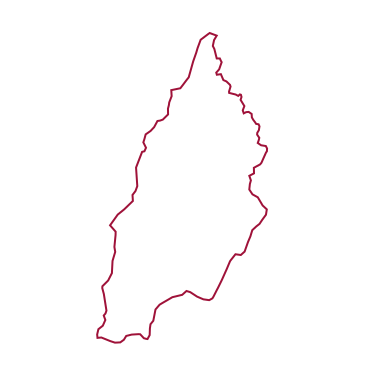 outline of Noun, Ouest, Cameroon, rotated 188°
{"feature_id": "32672807B7266662414716", "entity_name": "Noun", "entity_type": "district", "adm_level": 2, "iso_a3": "CMR", "parent_name": "Cameroon", "parent_adm1": "Ouest", "projection": "equal_earth", "projection_center": [10.892, 5.601], "detail": "fine", "context": "isolated", "style": "outline", "palette": "rose", "viewbox_px": 384, "rotation_deg": 188, "n_neighbors": 0, "source": "geoboundaries", "source_scale": "gbopen_adm2", "svg_char_len": 2100}
<svg xmlns="http://www.w3.org/2000/svg" viewBox="0 0 384 384"><g transform="rotate(188 192 192)"><path d="M247.3,32.1L242.1,33.1L238.9,36.2L237.1,40.3L231.9,42.4L225.1,43.8L223.5,43.9L219.3,40.5L216.9,40.2L215.6,40.2L214.0,44.4L214.7,51.1L214.7,55.3L212.4,59.1L211.8,70.6L208.4,75.9L206.2,77.7L200.2,82.4L196.8,85.1L188.2,88.5L187.4,88.8L183.7,93.2L179.8,92.6L172.4,89.1L165.8,87.3L159.9,87.3L157.0,89.5L156.2,91.3L153.7,98.6L153.0,100.5L150.4,108.4L150.0,109.7L146.8,120.8L144.8,128.4L144.4,129.4L140.3,136.4L134.9,136.4L131.6,140.3L129.6,150.2L128.0,156.2L127.0,162.6L123.5,166.9L120.7,169.8L118.6,174.2L115.6,179.8L115.5,185.2L120.2,188.5L126.1,195.9L131.8,198.1L135.6,202.4L135.8,208.0L135.3,211.7L137.5,216.0L133.2,219.1L134.1,224.6L128.4,228.8L127.3,230.6L124.2,241.4L123.5,242.7L123.7,245.5L125.3,247.8L130.1,247.9L133.7,249.7L133.1,252.7L132.9,255.0L135.5,257.9L135.6,259.7L134.4,262.5L134.3,266.4L135.5,268.3L138.0,268.4L139.1,269.7L141.4,272.0L143.1,274.2L143.8,277.6L147.0,279.2L149.5,278.6L151.7,277.1L153.1,279.9L152.1,284.4L156.7,290.0L156.2,293.0L157.1,295.1L158.2,295.3L159.6,293.6L162.3,294.6L169.0,295.3L169.3,296.6L168.5,301.8L169.3,303.4L173.3,306.3L176.5,307.2L179.8,312.7L183.7,311.6L184.6,313.6L182.2,317.2L180.7,324.7L181.7,326.0L183.0,328.1L186.1,327.7L189.8,336.8L191.7,339.5L191.3,345.5L189.3,350.3L196.7,351.9L204.6,344.0L206.5,335.3L207.2,330.5L209.0,321.5L211.2,305.1L212.8,302.4L214.9,298.6L216.0,296.6L218.0,293.1L226.7,290.0L225.5,284.1L227.0,277.6L227.0,274.7L227.2,272.9L227.4,271.2L226.5,265.5L231.0,259.6L231.8,259.2L233.5,258.3L236.1,257.5L238.5,251.0L241.5,246.7L245.9,242.6L246.5,237.8L247.1,234.4L243.7,229.4L244.8,225.7L247.0,224.8L250.8,208.4L247.0,190.2L248.1,185.1L250.5,180.8L249.3,174.9L256.7,165.4L262.4,159.3L268.5,147.6L262.1,142.1L261.7,138.8L261.2,126.8L259.7,122.0L261.1,112.7L260.1,101.3L260.0,100.6L262.3,93.9L262.7,92.7L267.6,86.2L267.5,84.4L265.1,78.7L260.2,62.6L260.8,59.6L262.2,57.4L260.0,53.2L261.7,47.2L265.6,43.1L266.1,37.7L265.3,34.4L264.1,34.7L261.5,35.3L252.3,33.0L247.3,32.1Z" fill="none" stroke="#9f1239" stroke-width="2"/></g></svg>